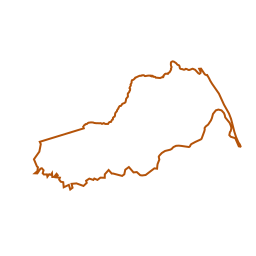 the district of Baldwin, Alabama, United States of America, rotated 253°
{"feature_id": "52423323B60515004813393", "entity_name": "Baldwin", "entity_type": "district", "adm_level": 2, "iso_a3": "USA", "parent_name": "United States of America", "parent_adm1": "Alabama", "projection": "natural_earth1", "projection_center": [-87.627, 30.77], "detail": "fine", "context": "isolated", "style": "outline", "palette": "amber", "viewbox_px": 256, "rotation_deg": 253, "n_neighbors": 0, "source": "geoboundaries", "source_scale": "gbopen_adm2", "svg_char_len": 3966}
<svg xmlns="http://www.w3.org/2000/svg" viewBox="0 0 256 256"><g transform="rotate(253 128 128)"><path d="M143.2,85.6L140.6,85.6L140.6,77.5L140.6,39.6L138.1,39.9L131.3,36.3L125.6,28.9L117.8,29.7L116.8,30.4L113.2,28.7L111.9,25.7L111.1,28.0L114.7,32.4L114.7,33.8L112.3,34.9L109.7,33.2L108.2,33.9L107.3,36.9L105.0,36.7L106.8,39.1L105.7,40.6L107.0,42.1L103.3,41.3L102.8,43.0L105.1,46.3L103.3,47.0L101.8,44.9L100.4,48.3L98.8,47.1L96.3,48.0L95.1,50.2L90.1,49.2L90.9,54.8L86.1,54.8L87.1,57.5L91.1,57.7L90.1,62.5L85.6,68.5L87.6,72.5L89.8,72.5L90.9,76.2L88.5,79.7L89.5,81.0L87.3,83.6L88.6,87.1L87.2,91.2L90.5,92.3L93.5,97.2L89.2,99.1L88.9,100.3L83.9,108.4L84.8,110.9L88.9,113.2L90.4,117.4L83.9,120.3L83.3,123.5L79.3,125.9L78.5,127.6L77.9,131.1L81.7,141.4L80.6,143.9L83.3,145.0L84.8,145.7L88.6,148.7L91.5,149.0L92.4,149.9L94.2,153.0L95.2,156.7L94.9,162.3L95.4,164.1L95.9,164.7L96.5,166.0L96.9,168.8L96.8,169.2L96.3,171.3L95.4,173.5L92.0,180.7L92.3,181.8L93.4,182.8L94.1,183.8L95.0,188.4L95.8,194.3L96.2,195.2L102.5,200.0L104.2,201.0L105.5,201.2L106.7,202.7L107.6,205.0L107.8,205.6L111.0,209.5L112.9,211.1L116.6,213.4L119.2,217.2L119.2,219.8L117.5,222.6L114.3,224.1L112.1,224.3L109.7,224.1L103.2,226.7L100.3,227.0L98.1,226.9L97.0,226.5L95.0,225.3L94.3,224.3L91.6,222.8L89.6,223.7L86.9,227.6L78.1,228.6L77.3,230.0L77.5,230.3L79.6,230.1L81.8,229.4L87.6,228.7L93.1,228.6L106.5,229.2L112.3,228.8L122.3,226.6L134.3,225.0L145.8,221.3L149.4,220.4L151.5,220.1L155.5,219.2L155.5,218.6L156.9,217.1L163.4,215.2L163.8,213.4L160.5,213.9L159.4,213.4L158.9,212.2L159.7,211.3L161.2,210.6L163.7,209.4L164.0,209.3L164.4,208.8L165.6,207.4L165.8,207.0L165.6,204.4L165.6,203.5L165.7,203.1L166.1,202.5L167.2,201.4L167.7,200.5L167.7,200.3L167.3,199.4L167.3,199.1L167.4,198.5L167.9,197.7L168.3,197.4L168.7,196.4L168.9,196.1L169.1,195.7L169.6,195.2L170.1,195.1L170.6,195.1L171.6,195.3L172.2,195.3L173.0,195.1L173.3,194.8L173.8,194.1L174.2,193.7L175.7,193.1L176.0,192.9L176.3,192.7L178.0,191.3L178.4,190.7L178.7,190.1L178.6,189.4L178.4,188.6L178.0,188.2L176.4,187.6L174.8,187.3L174.0,187.5L173.6,187.5L172.9,187.1L172.4,186.5L171.3,186.3L169.7,184.7L169.0,183.8L168.9,182.7L168.7,182.5L168.3,182.2L168.1,182.0L168.5,181.1L168.9,180.0L168.8,179.1L167.7,177.3L167.5,177.1L167.0,177.1L166.7,176.9L166.3,176.4L166.3,176.1L166.5,175.8L166.7,175.7L166.5,174.5L166.4,173.3L168.1,169.2L168.8,169.0L169.3,168.2L169.6,167.1L170.0,166.9L170.1,167.1L170.4,167.0L170.7,166.8L171.0,166.0L171.0,165.7L170.7,165.4L170.8,165.3L171.1,164.8L171.3,164.6L171.6,164.7L172.2,162.7L172.6,159.7L172.9,159.1L173.4,158.9L173.7,158.6L174.0,158.1L174.3,156.8L174.3,156.7L174.1,156.5L174.1,156.4L174.2,155.3L174.4,155.0L174.5,154.7L174.5,153.9L174.2,151.5L174.0,150.7L174.1,150.3L174.0,149.6L173.5,149.0L173.4,149.0L172.6,147.3L172.5,146.3L172.5,145.9L172.5,145.7L171.6,145.1L170.6,144.8L169.7,144.2L168.9,143.2L168.0,143.2L167.5,142.8L167.1,142.4L166.9,142.1L166.0,141.3L165.7,141.1L164.8,141.5L163.4,140.9L163.2,140.7L162.8,140.1L162.2,139.8L161.4,138.7L161.3,138.3L161.1,138.0L160.2,137.6L158.8,137.3L158.6,137.3L157.9,137.0L157.5,136.2L156.5,134.8L154.7,133.9L153.3,133.0L152.9,131.8L152.9,130.9L152.7,129.6L152.6,129.4L151.8,128.5L151.2,127.6L151.3,127.2L151.4,126.4L150.3,125.0L150.2,124.9L149.9,124.8L149.2,124.2L149.1,123.9L148.5,123.1L147.9,122.6L147.3,122.3L146.5,120.9L145.8,120.1L144.8,119.6L143.9,119.3L142.9,118.6L142.7,117.7L142.4,117.1L142.1,116.6L141.3,116.3L140.6,116.0L140.6,115.5L140.3,114.9L139.3,113.9L139.0,113.8L138.8,113.5L138.9,112.8L139.1,112.3L139.0,111.8L138.7,111.2L137.7,110.1L138.4,107.9L138.5,107.5L139.3,106.6L139.6,106.5L139.8,106.1L139.8,105.7L139.5,105.0L139.6,104.3L139.8,104.0L140.5,103.5L140.7,103.0L140.8,102.2L141.2,101.1L141.4,100.7L141.7,99.7L141.8,99.2L142.6,97.4L142.9,96.9L143.2,96.6L143.5,96.1L144.2,94.2L144.6,91.8L144.4,90.9L144.0,90.2L143.9,89.6L143.9,89.3L144.1,88.9L144.0,88.3L143.5,87.5L143.1,86.0L143.1,85.6L143.2,85.6Z" fill="none" stroke="#b45309" stroke-width="2"/></g></svg>